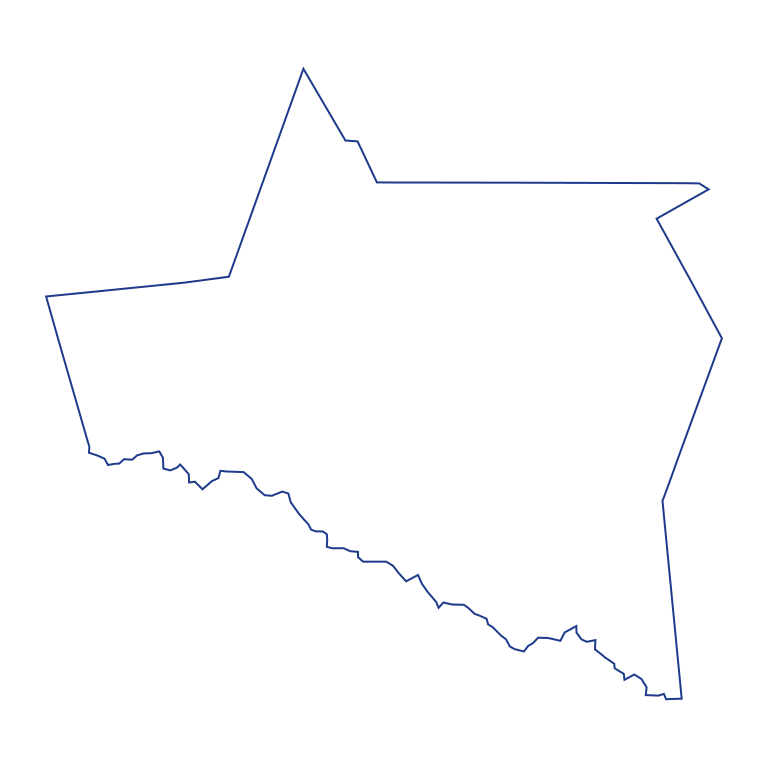 outline of Capitão Gervásio Oliveira, Piauí, Brazil
{"feature_id": "56859067B49513050912256", "entity_name": "Capitão Gervásio Oliveira", "entity_type": "district", "adm_level": 2, "iso_a3": "BRA", "parent_name": "Brazil", "parent_adm1": "Piauí", "projection": "orthographic", "projection_center": [-41.924, -8.53], "detail": "fine", "context": "isolated", "style": "outline", "palette": "blue", "viewbox_px": 768, "rotation_deg": 0, "n_neighbors": 0, "source": "geoboundaries", "source_scale": "gbopen_adm2", "svg_char_len": 1619}
<svg xmlns="http://www.w3.org/2000/svg" viewBox="0 0 768 768"><path d="M345.4,140.5L303.4,68.8L295.6,90.6L262.5,183.0L228.9,276.7L184.7,282.6L46.1,296.5L58.3,339.5L87.7,441.3L89.4,446.8L88.9,452.7L97.6,455.6L104.6,458.7L108.0,465.0L114.6,463.8L119.2,463.6L124.0,459.2L132.2,459.7L137.2,455.3L143.9,453.4L151.4,453.2L159.3,451.4L162.9,457.7L163.4,468.6L170.3,470.4L177.0,467.6L180.2,464.5L188.8,474.2L189.1,482.5L194.9,481.7L202.5,489.3L211.9,481.1L218.4,478.1L220.4,470.8L226.5,471.5L243.6,472.1L251.7,478.9L256.6,488.3L264.7,495.2L271.8,495.8L282.2,491.6L288.3,493.4L290.7,502.2L298.8,513.6L304.1,519.7L308.4,524.3L311.1,529.6L315.5,531.3L322.9,531.5L326.8,534.2L327.2,539.3L326.8,546.8L332.5,548.3L343.5,548.2L350.3,551.2L358.0,551.9L358.1,557.3L363.2,561.7L386.3,561.7L393.0,565.8L398.6,573.0L406.1,581.3L418.0,575.0L421.9,583.7L427.3,591.5L436.2,602.0L438.6,607.8L443.4,602.5L452.1,604.5L463.9,604.8L468.5,608.1L474.5,613.8L479.2,615.5L486.6,618.8L488.1,624.4L492.7,627.2L501.0,635.5L505.9,639.2L509.9,646.5L514.5,649.1L523.9,651.5L528.2,645.9L533.0,643.1L538.1,637.7L548.1,638.0L560.4,640.8L564.7,632.4L576.3,626.1L576.5,632.6L581.5,639.4L586.8,641.8L595.4,640.1L595.0,649.4L601.2,654.2L605.3,657.7L614.2,663.7L614.7,668.3L623.8,673.9L624.5,679.8L634.3,674.5L641.4,679.0L646.6,687.3L645.8,695.1L658.4,695.6L663.9,693.9L666.1,699.2L671.3,699.0L681.7,698.7L662.5,501.0L670.2,480.1L678.1,458.0L721.9,338.3L690.7,280.6L656.6,218.7L691.8,198.8L708.6,189.4L699.2,183.4L686.7,183.2L521.1,182.7L401.9,182.5L397.4,182.5L391.8,182.5L376.9,182.4L357.6,141.4L345.4,140.5Z" fill="none" stroke="#1e3a8a" stroke-width="2"/></svg>